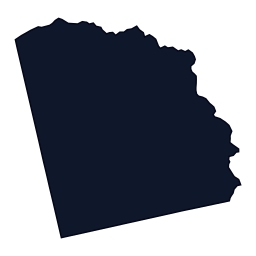 Granito, Pernambuco, Brazil
{"feature_id": "56859067B26084902822127", "entity_name": "Granito", "entity_type": "district", "adm_level": 2, "iso_a3": "BRA", "parent_name": "Brazil", "parent_adm1": "Pernambuco", "projection": "orthographic", "projection_center": [-39.657, -7.79], "detail": "fine", "context": "isolated", "style": "filled", "palette": "ink", "viewbox_px": 256, "rotation_deg": 0, "n_neighbors": 0, "source": "geoboundaries", "source_scale": "gbopen_adm2", "svg_char_len": 1359}
<svg xmlns="http://www.w3.org/2000/svg" viewBox="0 0 256 256"><path d="M61.4,237.6L121.2,224.3L177.4,211.8L181.8,210.8L229.3,200.8L230.0,197.9L231.3,195.6L233.0,193.1L234.0,189.2L237.2,185.5L240.6,184.8L239.7,182.3L238.6,179.5L234.2,176.7L232.5,174.1L228.3,167.4L228.5,164.1L229.6,161.8L228.5,159.5L229.0,156.4L233.3,155.3L236.1,152.1L238.6,151.7L238.6,149.0L232.7,144.8L229.8,142.5L230.1,138.8L230.0,135.7L231.7,131.2L228.9,125.4L225.3,122.2L220.0,118.7L214.5,116.9L213.1,114.5L215.4,111.2L213.8,107.1L211.6,105.1L209.5,103.4L207.9,101.4L205.8,98.8L202.5,97.2L198.5,96.2L196.5,94.0L195.8,90.3L195.8,87.6L196.1,83.7L196.2,79.3L196.1,76.1L194.3,74.1L191.9,72.0L190.7,69.1L190.7,66.0L193.9,63.3L195.2,59.4L194.2,56.4L192.3,53.0L188.3,50.1L185.2,51.8L181.2,50.0L178.1,51.1L172.7,47.3L167.7,48.0L164.9,46.2L160.4,48.4L158.4,46.2L155.7,39.3L152.5,36.7L149.4,34.8L144.5,37.0L143.3,32.7L139.3,29.8L136.7,26.2L131.7,29.0L127.2,29.7L124.1,32.2L119.9,32.2L115.7,35.4L112.7,32.5L109.4,32.8L106.5,33.9L102.1,29.9L100.8,27.4L96.0,26.3L93.3,23.1L89.2,24.1L86.7,22.3L82.3,21.7L77.7,24.0L68.2,23.4L62.0,19.6L58.6,18.4L55.3,20.5L52.5,23.5L49.7,25.4L41.6,27.5L38.2,26.9L30.7,30.4L28.1,31.9L25.1,33.6L21.5,35.6L15.4,39.7L16.9,46.5L17.7,50.0L38.8,140.5L43.8,162.6L45.3,168.7L47.6,178.5L49.3,186.0L53.7,204.5L61.4,237.6Z" fill="#0f172a" stroke="#020617" stroke-width="1.5"/></svg>